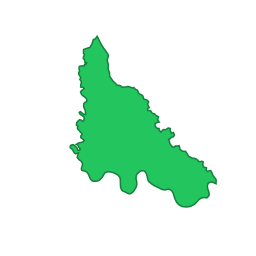 outline of Barracão, Rio Grande do Sul, Brazil, rotated 157°
{"feature_id": "56859067B37283122217619", "entity_name": "Barracão", "entity_type": "district", "adm_level": 2, "iso_a3": "BRA", "parent_name": "Brazil", "parent_adm1": "Rio Grande do Sul", "projection": "natural_earth1", "projection_center": [-51.435, -27.742], "detail": "fine", "context": "isolated", "style": "filled", "palette": "green", "viewbox_px": 256, "rotation_deg": 157, "n_neighbors": 0, "source": "geoboundaries", "source_scale": "gbopen_adm2", "svg_char_len": 4077}
<svg xmlns="http://www.w3.org/2000/svg" viewBox="0 0 256 256"><g transform="rotate(157 128 128)"><path d="M82.7,32.8L80.5,33.7L79.3,34.8L78.6,37.2L78.5,39.4L78.3,41.2L77.6,43.6L76.0,45.6L73.8,46.1L71.9,45.5L70.9,44.6L69.9,43.5L68.7,42.3L68.1,43.9L67.3,45.2L67.1,46.8L67.8,49.0L68.4,51.5L68.2,53.7L68.5,56.5L70.3,56.9L71.8,57.1L72.6,58.4L71.3,60.8L73.0,62.0L73.9,63.2L73.3,65.2L72.0,67.4L73.2,68.7L75.0,68.7L76.0,70.0L76.7,71.8L77.7,73.2L78.9,74.3L80.5,74.9L81.9,76.8L83.3,78.3L83.5,79.8L83.7,81.8L84.2,84.1L86.7,85.2L87.8,86.7L88.5,88.2L88.0,90.0L87.9,91.8L89.6,92.1L91.5,93.0L92.9,92.3L94.1,93.0L95.1,94.9L95.5,97.4L95.1,99.7L95.1,101.7L93.6,101.6L91.8,102.4L89.6,102.2L88.0,103.3L88.0,106.1L90.1,106.1L90.2,109.3L89.2,111.0L91.0,112.3L93.9,111.7L96.2,112.8L99.3,111.4L100.2,114.1L99.5,115.4L101.1,116.1L102.3,118.8L101.5,121.4L98.7,121.7L96.9,121.3L97.5,124.1L95.5,126.6L97.4,128.5L97.9,130.5L99.9,132.0L100.4,135.0L102.9,136.5L102.4,138.2L100.4,138.5L100.6,140.2L100.7,142.3L98.8,143.9L99.3,145.8L100.7,147.3L102.1,148.3L101.9,150.1L101.9,152.0L102.8,153.5L103.8,154.5L104.6,155.8L104.5,157.8L104.7,159.4L106.2,160.9L106.7,162.9L108.2,163.1L109.5,164.2L110.7,165.6L112.1,166.4L113.7,166.5L115.6,167.2L117.4,167.8L118.0,169.3L119.3,170.6L121.1,171.4L121.9,173.4L122.5,174.8L123.4,176.6L124.0,179.6L124.7,182.6L123.4,186.0L123.4,188.9L122.8,191.2L121.7,193.1L121.1,194.4L121.0,196.8L120.5,199.0L119.1,200.4L117.6,202.5L117.8,204.8L118.2,206.8L118.7,208.8L119.2,211.0L119.6,213.0L119.9,214.6L120.0,216.5L120.2,218.4L120.3,220.4L120.4,222.4L120.6,224.5L122.0,223.6L123.5,222.8L125.4,222.9L127.0,221.1L128.4,219.4L129.9,218.4L131.5,217.1L133.6,217.3L136.0,217.5L138.1,217.6L139.1,215.9L139.8,214.1L139.3,212.6L141.1,211.0L142.0,209.6L141.5,208.0L141.5,206.3L142.2,205.0L140.7,203.9L141.9,203.1L143.2,203.5L144.1,202.3L145.8,203.0L147.1,203.5L148.8,203.7L150.1,201.5L150.2,199.4L151.6,198.4L152.4,196.5L152.1,194.9L151.8,192.7L153.4,191.6L152.9,189.7L153.2,187.8L154.5,186.5L155.6,184.2L153.7,183.2L152.9,181.6L154.6,180.8L156.2,180.7L157.7,179.6L157.6,176.9L156.8,175.0L155.9,173.6L154.9,171.6L155.0,169.5L156.2,168.3L157.7,168.5L159.3,167.6L160.1,166.0L160.6,163.7L160.5,160.9L161.0,159.3L161.6,157.2L163.5,157.8L164.6,160.3L165.5,161.7L166.8,161.4L166.9,159.8L165.6,157.6L164.2,155.6L164.7,153.6L165.9,152.2L167.1,151.7L168.1,153.7L169.4,154.5L171.2,154.0L173.4,152.8L174.4,150.6L173.4,149.1L174.6,147.8L174.6,146.2L173.8,144.4L173.4,142.5L172.4,140.8L173.3,139.7L174.6,139.1L175.2,137.4L173.8,135.3L173.2,133.6L174.8,132.8L176.8,133.0L178.5,133.4L180.2,133.5L182.1,133.1L180.8,131.7L180.8,129.7L180.2,127.8L181.1,126.5L182.9,127.0L182.7,129.6L183.6,131.7L184.2,133.0L185.1,134.2L187.1,134.5L188.4,133.8L188.9,132.4L187.9,130.6L187.4,128.3L187.2,126.1L186.2,124.7L184.9,124.5L183.4,124.3L185.0,122.4L186.3,120.8L185.9,119.3L185.5,117.9L184.3,116.2L183.7,113.6L184.3,112.0L185.6,110.3L186.8,108.8L187.2,107.3L186.1,106.2L184.4,105.1L183.2,103.6L182.6,101.4L182.5,99.4L182.6,97.6L182.5,95.4L181.6,93.3L180.2,92.2L178.8,91.8L177.5,91.3L176.2,91.1L174.5,91.2L172.8,91.9L171.4,92.5L170.0,93.4L168.6,94.5L167.2,95.5L165.8,95.9L164.3,95.7L162.8,95.2L161.1,94.3L159.2,92.8L157.7,91.3L156.7,90.1L155.9,88.9L155.1,87.0L154.8,85.0L155.3,83.5L156.0,81.7L156.7,79.8L157.5,77.8L158.0,76.2L158.1,73.6L157.2,71.7L155.7,70.3L154.6,68.9L153.6,67.8L152.4,66.8L150.8,66.5L148.9,67.0L147.5,67.6L146.0,68.6L144.8,69.5L143.2,70.7L142.0,72.6L141.2,74.4L140.8,75.8L140.6,77.7L139.9,79.4L138.9,81.0L137.5,82.2L134.0,83.4L132.1,83.3L130.1,82.4L129.3,80.9L129.0,79.2L129.0,77.5L129.3,75.8L129.7,74.0L129.9,72.5L129.9,70.6L129.1,69.1L128.3,67.6L127.4,66.2L126.2,64.4L125.1,63.2L123.7,61.7L122.5,60.3L121.2,58.7L119.6,57.3L118.2,56.6L116.4,56.3L114.9,56.0L113.4,55.0L112.2,52.8L111.9,50.6L112.0,48.8L112.3,46.8L112.4,44.2L112.4,42.2L112.2,40.5L111.8,38.9L111.0,37.4L109.8,35.6L108.7,34.5L107.6,33.8L105.9,32.9L104.2,32.2L101.8,31.6L100.2,31.5L98.4,31.6L96.8,31.8L95.5,32.2L93.6,33.1L92.0,33.8L90.5,34.4L88.7,34.8L86.9,34.8L84.6,34.0L82.7,32.8Z" fill="#22c55e" stroke="#15803d" stroke-width="1.5"/></g></svg>